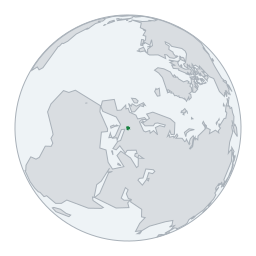 Salzburg on an orthographic globe, rotated 72°
{"feature_id": "AUT-2327", "entity_name": "Salzburg", "entity_type": "State", "adm_level": 1, "iso_a3": "AUT", "parent_name": "Austria", "parent_adm1": "", "projection": "orthographic", "projection_center": [12.999, 47.494], "detail": "fine", "context": "on_globe", "style": "filled", "palette": "green", "viewbox_px": 256, "rotation_deg": 72, "n_neighbors": 0, "source": "natural_earth", "source_scale": "10m", "svg_char_len": 10477}
<svg xmlns="http://www.w3.org/2000/svg" viewBox="0 0 256 256"><g transform="rotate(72 128 128)"><circle cx="128" cy="128" r="113" fill="#eef3f6" stroke="#a8b0b8"/><path d="M41.6,55.8L52.3,44.7L46.6,50.1L50.1,46.6L56.0,41.5L60.9,37.6L69.9,32.2L77.4,30.3L74.3,31.9L76.5,31.5L80.6,29.6L82.7,28.6L95.7,26.6L109.4,23.5L112.8,21.6L112.7,23.0L118.6,19.0L125.5,17.8L118.3,19.8L117.9,20.6L122.9,20.0L123.6,20.7L126.4,20.9L126.8,21.9L122.6,23.2L122.8,24.0L126.3,23.5L128.9,24.4L123.8,24.9L127.8,26.6L121.5,29.8L107.4,31.2L104.4,34.7L91.2,40.9L92.9,41.5L89.0,44.5L89.5,46.4L86.9,47.3L89.6,48.1L91.8,47.0L93.7,47.1L94.3,48.2L91.0,49.3L90.3,49.0L89.6,49.9L87.8,50.1L89.0,50.6L85.1,52.1L89.7,52.3L87.1,54.9L84.3,55.4L83.7,53.1L75.7,49.5L72.6,49.8L69.0,52.2L63.9,61.2L60.9,62.6L57.5,66.0L59.6,66.2L62.9,63.5L65.9,64.9L69.7,61.8L71.4,61.9L75.7,59.9L76.0,62.6L74.0,66.6L70.4,68.5L69.5,70.4L73.6,70.7L67.8,76.7L65.2,85.0L63.6,86.4L59.1,85.0L57.2,79.3L51.3,78.3L56.0,81.6L51.9,85.5L51.7,87.3L52.4,88.8L54.3,88.4L53.1,90.4L48.0,87.7L49.0,85.8L50.7,86.6L49.7,84.1L46.2,82.7L44.5,85.0L41.1,81.2L39.8,82.9L38.3,83.2L40.7,80.7L36.4,85.3L32.2,82.9L26.3,91.2L31.1,81.6L32.2,77.8L33.0,74.1L31.9,75.3L34.4,69.4L34.2,67.3L30.7,71.6L27.1,78.0L24.8,83.8L25.7,82.9L24.8,86.6L22.0,90.7L20.0,99.0L18.2,103.7L17.2,108.7L17.1,111.6L16.6,116.8L17.5,116.3L18.5,119.0L17.2,123.6L18.7,121.9L18.6,126.6L21.2,135.1L20.6,135.5L22.6,148.1L26.8,158.3L27.7,163.4L27.0,164.5L28.9,167.8L29.0,169.2L38.2,181.8L44.4,190.3L45.2,194.6L41.9,195.4L43.5,201.8L39.3,197.4L34.6,191.0L30.4,184.2L26.7,177.2L23.5,169.9L20.8,162.4L18.6,154.8L17.0,147.0L15.9,139.1L15.4,131.1L15.5,123.1L15.6,122.7L16.6,115.3L16.8,112.5L16.5,112.9L18.3,102.6L20.2,95.8L24.9,82.5L28.4,75.4L32.3,68.6L36.7,62.0L41.6,55.8ZM24.6,93.3L22.5,105.5L22.1,101.1L22.4,101.3L23.3,97.7L24.4,92.3L24.5,88.9L24.6,93.3ZM27.3,92.9L27.5,91.1L27.5,92.5L27.3,92.9ZM83.5,28.0L80.6,29.6L76.6,31.1L79.0,29.7L83.5,28.0ZM91.1,25.8L89.9,26.6L87.6,26.6L89.0,26.1L91.1,25.8ZM115.1,20.2L112.5,20.7L114.7,20.0L115.1,20.2ZM126.7,20.8L127.2,20.4L128.4,20.7L126.7,20.8ZM75.2,58.5L75.4,59.2L74.5,59.2L75.2,58.5ZM76.9,57.0L75.7,56.6L76.3,55.8L77.0,56.1L76.9,57.0ZM130.3,22.5L132.1,23.2L129.5,22.7L130.3,22.5ZM78.2,57.8L77.5,54.6L78.6,53.3L82.3,53.3L78.2,57.8ZM132.7,23.7L137.2,25.5L138.7,24.8L137.1,27.9L133.8,25.2L130.3,24.7L132.5,24.4L132.7,23.7ZM92.3,46.2L89.9,47.4L91.5,45.4L92.3,46.2ZM92.8,44.9L94.8,39.2L98.6,38.1L97.2,40.1L101.7,38.1L102.6,40.4L100.3,42.0L97.7,42.2L100.0,43.0L92.8,44.9ZM135.5,29.5L135.9,30.2L134.6,29.7L135.5,29.5ZM94.6,46.9L94.7,45.8L98.0,44.7L98.5,46.8L97.2,46.5L94.6,46.9ZM102.4,36.5L105.0,36.2L106.4,37.9L107.6,38.1L102.9,40.3L102.4,36.5ZM96.8,47.3L98.6,48.0L97.5,49.5L94.8,48.0L96.8,47.3ZM98.6,43.6L100.2,43.2L99.5,44.1L98.6,43.6ZM94.7,55.6L94.7,54.1L96.4,53.4L94.7,55.6ZM99.4,48.1L99.8,47.6L100.4,47.2L101.4,48.0L99.4,48.1ZM104.3,41.5L104.3,42.3L106.2,40.6L107.4,41.9L104.1,43.3L106.0,43.3L106.3,43.7L103.2,44.3L104.3,41.5ZM104.4,47.6L100.6,49.9L100.3,52.8L98.7,53.4L99.6,48.8L104.4,47.6ZM104.0,45.6L103.9,46.9L102.1,47.0L100.9,46.1L104.0,45.6ZM109.3,42.4L108.4,40.0L109.2,39.8L109.3,42.4ZM104.7,48.4L105.6,47.8L104.9,48.5L104.7,48.4ZM108.3,44.2L107.9,43.3L108.8,43.1L108.3,44.2ZM107.8,47.4L106.6,48.1L105.8,47.5L107.8,47.4ZM108.3,45.9L109.6,45.9L106.2,46.9L108.0,45.6L108.3,45.9ZM109.2,44.1L109.6,43.7L109.3,44.5L109.2,44.1ZM111.5,49.4L107.4,50.9L105.7,49.5L109.9,48.2L111.5,49.4ZM81.3,193.8L72.5,177.8L75.9,173.3L75.8,166.4L98.3,147.3L103.9,149.7L122.6,147.7L125.0,148.7L123.7,154.6L138.3,161.0L142.1,155.7L154.5,157.5L162.3,155.4L163.5,143.8L150.8,147.0L147.8,142.0L157.3,134.8L168.3,132.1L167.5,130.1L159.8,127.5L161.7,122.7L157.1,126.2L159.5,127.9L156.7,130.3L154.4,128.9L155.1,127.2L151.6,127.1L149.0,135.7L151.1,138.3L142.4,141.3L145.1,146.0L142.9,148.7L137.6,141.8L137.6,138.9L128.2,131.5L127.4,134.7L136.2,142.1L133.8,141.7L132.8,146.5L131.6,142.5L122.2,134.0L113.9,135.8L104.4,146.8L99.3,147.1L94.4,144.0L96.6,132.2L107.9,132.9L108.8,129.1L105.5,123.1L109.2,124.0L109.3,121.7L113.4,121.7L118.2,116.5L122.3,116.0L123.2,109.0L125.5,107.9L124.3,112.3L125.6,115.2L135.6,114.1L137.2,112.4L137.1,108.1L139.8,108.5L138.4,104.5L143.6,101.9L136.0,101.8L135.5,97.1L138.2,93.1L136.7,91.6L132.4,98.2L131.9,100.9L133.7,103.2L131.2,111.1L127.9,112.6L125.4,104.6L120.5,106.0L120.6,99.5L132.2,85.0L137.5,81.8L148.3,85.8L147.6,89.0L143.4,89.0L148.2,93.1L147.4,90.8L149.7,91.2L149.9,87.2L151.5,87.3L148.9,83.3L150.9,83.0L152.5,85.6L154.5,79.7L158.5,78.3L158.1,76.9L156.6,75.9L162.6,74.9L162.1,74.0L160.0,73.9L157.5,72.0L155.5,68.4L157.7,68.3L158.7,69.6L164.1,72.2L166.5,75.8L167.2,75.4L165.7,72.3L159.1,69.0L157.3,66.9L160.5,68.0L159.2,67.4L159.0,66.4L160.8,65.3L157.3,63.9L152.0,53.2L155.0,50.3L158.5,52.3L157.1,45.5L160.6,43.2L158.6,43.0L156.6,40.0L155.5,40.7L154.4,40.4L148.6,33.5L149.0,32.0L144.3,29.4L143.2,29.4L142.7,30.3L137.1,27.9L138.7,24.8L141.0,24.9L140.5,23.1L145.7,23.8L149.8,23.7L155.8,25.9L158.5,25.8L158.0,25.1L161.3,24.7L169.9,26.7L165.2,28.0L152.8,26.8L158.1,27.4L157.6,28.3L159.9,29.1L163.5,29.6L163.5,29.1L172.9,35.7L183.1,40.4L180.7,37.1L182.1,36.3L191.6,39.9L206.8,52.8L208.8,52.8L210.8,54.4L213.3,57.7L210.4,55.4L210.3,56.9L208.3,55.2L211.3,60.2L208.6,58.1L212.3,63.2L214.0,63.6L212.4,59.9L216.7,65.5L218.7,65.1L222.0,68.6L229.2,81.4L231.9,89.8L232.7,91.5L232.2,92.4L233.9,98.3L236.9,101.4L237.7,103.8L239.3,113.5L238.9,111.9L237.4,114.4L238.9,121.2L240.1,120.7L240.6,124.5L240.5,126.7L239.8,123.6L239.2,124.4L238.1,118.9L235.2,113.9L235.0,119.2L233.8,116.1L229.8,113.9L228.7,121.4L228.0,137.9L229.9,146.4L228.7,152.8L222.3,146.3L218.5,139.4L216.7,142.6L209.6,140.1L199.0,148.4L197.0,146.9L195.1,149.5L190.0,149.9L186.8,147.0L183.9,148.9L192.5,156.1L195.5,154.1L197.3,148.2L199.1,151.4L204.0,151.7L200.4,164.1L183.8,181.2L181.4,175.1L164.6,160.3L164.7,157.8L164.6,157.6L164.4,157.1L163.6,161.4L160.5,158.0L170.3,169.9L172.2,175.3L183.5,181.7L182.7,183.1L186.1,183.7L196.0,176.0L196.2,178.2L192.0,190.5L177.6,208.5L179.1,214.6L177.3,220.1L167.3,226.3L167.3,229.1L162.0,231.5L161.0,233.0L156.3,235.3L148.7,237.7L136.7,239.1L136.7,238.3L131.9,236.5L125.4,229.4L129.2,225.1L128.5,221.4L119.7,212.3L121.7,206.7L119.2,204.2L114.1,204.5L111.1,201.3L108.0,200.9L87.8,199.5L81.3,193.8ZM91.6,158.9L91.2,161.0L91.6,158.9ZM180.7,134.7L186.8,132.0L182.7,126.3L184.6,124.9L182.5,123.6L182.3,126.0L176.9,122.1L179.0,118.7L177.6,115.9L175.5,116.8L172.5,123.7L180.2,129.2L179.4,132.7L180.7,134.7ZM21.3,135.3L21.4,137.3L20.9,135.9L21.3,135.3ZM21.2,102.2L21.1,104.1L20.8,105.7L20.7,104.6L21.2,102.2ZM22.8,117.4L23.1,119.8L22.4,118.0L22.8,117.4ZM22.3,107.3L22.5,115.6L21.1,112.7L21.2,107.5L21.6,110.0L22.3,107.3ZM25.6,94.5L25.4,95.9L24.9,96.4L25.6,94.5ZM27.3,93.9L27.2,93.6L27.7,92.4L27.3,93.9ZM52.3,85.6L52.6,85.9L53.0,87.6L52.1,87.4L52.3,85.6ZM59.4,92.7L57.3,95.8L58.2,93.3L56.4,93.3L56.0,88.3L62.8,86.9L59.8,88.4L59.4,92.7ZM57.3,81.6L56.8,84.7L57.1,81.4L57.3,81.6ZM105.4,110.0L107.1,111.6L106.0,114.2L100.8,115.4L102.4,111.7L105.4,110.0ZM109.8,113.4L108.7,105.5L111.8,104.6L110.3,106.4L112.5,106.6L110.5,109.6L114.6,116.7L113.9,119.5L104.8,119.9L108.2,118.2L106.3,116.6L109.8,113.4ZM100.2,88.8L99.8,86.0L107.2,87.6L106.8,90.2L101.6,91.4L99.1,89.2L100.2,88.8ZM84.8,58.7L84.2,57.9L85.1,57.5L86.3,57.9L84.8,58.7ZM94.6,55.0L88.6,62.0L87.5,61.4L85.3,66.5L81.6,67.0L83.2,63.6L78.7,67.9L78.7,65.0L75.9,68.2L79.9,60.5L79.7,58.3L81.3,60.6L84.6,60.2L86.0,59.4L89.8,55.4L91.0,50.7L94.5,49.7L96.7,50.4L97.0,51.4L94.6,51.6L96.6,52.8L93.4,53.9L94.6,55.0ZM120.1,61.2L117.2,60.6L120.7,64.1L117.5,64.9L118.1,65.3L116.1,67.0L114.8,69.8L113.2,69.7L113.3,70.9L112.0,72.1L111.7,73.7L108.7,74.3L108.1,76.3L107.0,75.4L106.7,78.8L105.6,76.5L103.8,78.1L105.9,79.4L90.7,79.6L85.2,81.8L81.2,84.9L79.9,81.0L82.8,75.6L87.8,70.4L93.3,69.1L91.7,67.6L93.8,66.6L94.2,68.2L94.9,65.2L96.8,64.8L101.3,60.9L101.2,57.1L102.8,55.7L103.8,57.0L104.7,54.7L107.7,56.2L108.9,55.2L113.0,55.9L114.2,59.2L115.5,57.9L118.7,58.5L120.1,61.2ZM112.6,49.7L114.8,53.1L114.1,55.3L107.1,53.2L105.6,53.9L101.1,52.9L102.3,49.8L103.4,50.3L104.8,50.2L103.9,51.2L105.7,50.3L107.4,51.0L109.2,50.6L109.4,51.8L112.6,49.7ZM127.3,146.3L129.1,146.5L131.9,146.1L131.3,149.2L127.3,146.3ZM120.8,140.6L122.4,140.2L122.9,144.2L121.0,144.1L120.8,140.6ZM122.8,136.7L122.4,139.9L121.5,138.1L122.8,136.7ZM125.7,111.7L127.3,111.1L127.7,112.1L127.0,113.7L125.7,111.7ZM129.8,72.8L128.3,71.9L128.7,71.3L127.1,68.0L129.4,67.3L131.2,69.0L129.8,72.8ZM161.7,146.3L159.7,149.1L158.4,148.4L159.3,147.6L161.7,146.3ZM145.0,149.8L149.0,150.6L144.8,150.7L145.0,149.8ZM132.0,71.5L131.1,70.2L132.8,70.7L132.0,71.5ZM130.9,66.7L132.8,66.9L129.4,66.9L130.9,66.7ZM194.1,211.6L185.3,222.4L180.6,224.6L180.6,223.1L184.4,217.3L190.1,213.2L193.1,209.4L194.1,211.6ZM240.5,133.8L239.1,131.8L239.6,129.0L240.6,126.8L240.5,133.8ZM230.3,146.8L232.2,149.5L231.4,151.9L230.3,146.8ZM233.8,93.6L234.3,96.1L233.8,95.1L232.8,91.3L233.8,93.6ZM224.6,71.7L226.7,74.6L227.5,76.1L226.7,75.2L224.6,71.7ZM150.0,65.4L149.7,70.5L151.0,74.0L154.1,75.7L149.6,75.7L147.6,70.2L150.0,65.4ZM151.5,54.7L148.8,53.4L150.0,52.7L150.8,52.9L151.5,54.7ZM149.9,54.8L146.5,55.8L145.0,54.3L148.0,53.8L149.9,54.8ZM139.3,63.4L139.1,64.9L137.7,64.4L139.3,63.4ZM231.4,83.3L229.7,79.9L228.9,77.9L230.3,80.8L231.4,83.3ZM210.1,51.9L208.9,51.1L207.4,49.2L208.6,50.3L210.1,51.9ZM201.3,43.1L206.6,48.5L210.6,53.2L210.5,52.7L213.5,55.7L212.3,55.3L207.8,50.4L205.2,47.3L202.5,45.2L199.2,42.2L196.4,40.6L194.3,39.0L196.0,39.5L201.3,43.1ZM195.3,40.2L189.3,37.1L187.5,34.8L188.4,35.0L192.0,37.3L192.7,38.3L195.3,40.2ZM187.3,35.8L188.0,36.8L180.5,36.0L178.5,35.3L183.2,34.4L184.1,35.4L186.3,36.1L187.3,35.8ZM137.0,29.9L136.0,30.2L136.3,29.5L137.0,29.9ZM153.8,40.8L152.3,40.3L152.7,39.5L153.8,40.8ZM148.4,38.7L149.0,39.9L147.5,38.6L148.4,38.7ZM150.5,42.7L148.8,40.4L151.8,42.6L150.5,42.7Z" fill="#d9dde1" stroke="#a8b0b8" stroke-width="1"/><path d="M126.9,128.8L126.8,128.7L126.8,128.4L127.0,128.3L127.3,128.3L127.3,128.2L127.5,128.2L127.5,127.9L127.4,127.7L127.5,127.7L127.8,127.8L127.7,127.8L127.8,127.9L127.8,128.0L128.0,128.0L128.0,127.9L128.1,127.7L127.9,127.6L127.9,127.4L128.0,127.3L127.9,127.2L128.0,126.9L128.1,127.0L128.3,127.0L128.5,127.0L128.4,127.1L128.4,127.3L128.7,127.4L128.7,127.5L128.7,127.8L128.7,128.0L128.8,128.0L128.8,128.3L129.0,128.4L129.1,128.5L129.3,128.6L129.2,128.7L129.2,128.8L129.1,129.0L128.9,128.9L128.6,128.8L128.4,128.8L128.2,128.9L127.9,128.8L127.7,128.8L127.6,128.7L127.4,128.7L127.2,128.7L127.1,128.8L126.9,128.8Z" fill="#22c55e" stroke="#15803d" stroke-width="1.5"/></g></svg>